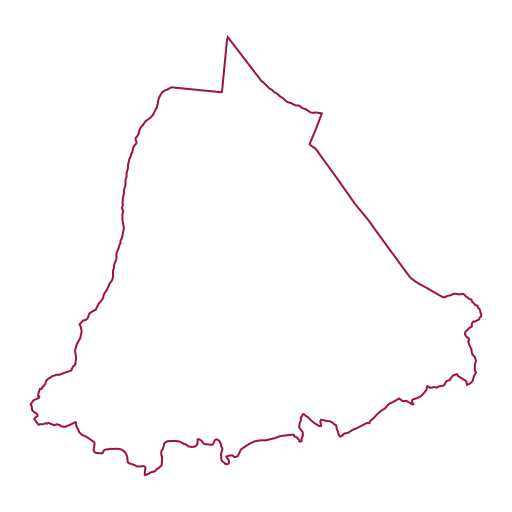 Mt. Elgon, Western, Kenya
{"feature_id": "3690345B65112986078037", "entity_name": "Mt. Elgon", "entity_type": "district", "adm_level": 2, "iso_a3": "KEN", "parent_name": "Kenya", "parent_adm1": "Western", "projection": "orthographic", "projection_center": [34.589, 0.959], "detail": "fine", "context": "isolated", "style": "outline", "palette": "rose", "viewbox_px": 512, "rotation_deg": 0, "n_neighbors": 0, "source": "geoboundaries", "source_scale": "gbopen_adm2", "svg_char_len": 6009}
<svg xmlns="http://www.w3.org/2000/svg" viewBox="0 0 512 512"><path d="M227.8,37.1L227.0,39.9L222.3,88.8L221.7,92.3L171.6,87.3L165.9,90.2L164.9,90.4L162.1,92.4L160.3,95.1L158.7,98.8L158.0,101.2L157.8,103.9L157.4,104.9L156.9,107.6L156.1,108.6L152.8,115.1L149.8,118.3L148.4,119.1L145.6,121.2L143.4,124.2L143.0,125.2L142.0,125.8L141.1,126.9L139.3,130.4L138.8,133.4L137.9,135.3L135.5,138.4L135.7,140.2L136.6,142.0L136.4,143.0L135.8,144.0L134.4,145.6L133.0,148.1L132.4,152.1L131.6,153.0L131.2,154.0L131.2,155.1L129.3,159.2L128.1,164.5L127.9,168.4L126.5,173.6L126.6,176.5L125.7,179.3L125.4,181.7L125.6,183.2L125.3,185.6L123.9,190.4L124.2,192.3L122.8,198.4L122.6,203.1L122.9,205.2L121.9,207.7L122.4,209.6L123.2,210.6L122.4,214.9L122.5,220.5L124.0,228.5L123.1,231.5L122.6,235.3L121.7,238.6L120.9,239.7L120.3,242.0L120.6,243.1L119.7,244.3L119.1,246.2L118.9,247.3L116.7,252.7L116.4,254.1L116.5,257.7L116.1,259.9L114.5,263.3L113.9,266.5L114.1,267.5L112.9,270.9L113.1,276.4L112.3,279.6L111.9,280.6L110.2,282.7L109.2,284.4L108.3,286.9L106.8,289.9L103.9,294.4L102.8,298.6L100.3,301.9L98.6,303.8L95.7,309.8L93.4,310.8L89.5,313.4L88.5,315.5L88.3,316.9L87.3,318.7L85.8,320.0L83.1,320.5L79.6,324.3L80.8,326.9L81.1,328.9L81.6,330.3L81.4,333.7L80.9,334.7L80.3,337.9L76.9,344.0L75.2,349.6L75.2,351.9L76.2,358.0L75.7,360.7L75.6,363.1L75.0,365.1L73.2,366.3L71.7,369.1L71.5,370.2L70.5,370.7L68.3,371.7L67.4,371.7L59.0,374.9L58.1,374.6L55.6,375.0L54.8,375.5L52.3,376.1L50.1,377.8L48.6,378.5L46.7,380.1L45.6,382.4L45.4,383.8L44.6,384.6L44.0,385.8L42.0,387.4L41.9,388.4L40.8,389.2L39.8,389.1L38.3,393.8L38.2,396.1L39.3,396.4L39.2,397.5L37.9,398.4L33.4,400.3L30.7,404.3L31.7,406.4L32.2,410.3L33.9,411.9L36.8,413.7L37.5,415.0L37.3,416.3L35.2,417.5L34.3,419.1L36.9,422.8L37.8,423.6L38.3,424.6L39.6,424.5L40.5,424.2L43.0,424.3L45.0,423.4L45.9,423.3L47.0,423.7L48.1,422.9L49.3,423.2L54.3,425.3L56.9,424.2L60.3,425.4L61.2,426.3L62.6,426.4L63.6,426.8L64.8,426.7L66.1,426.6L66.9,426.0L68.9,425.3L73.8,423.0L74.9,422.3L75.9,422.4L76.3,425.8L76.8,427.1L78.1,429.3L79.2,432.1L80.8,433.9L81.5,434.6L85.9,436.5L94.0,442.0L94.5,442.9L94.5,444.3L93.6,450.0L94.0,451.3L94.8,452.3L95.9,452.9L102.0,453.4L102.9,452.6L103.3,451.3L104.7,449.8L106.9,449.3L108.0,449.5L108.9,449.1L110.3,448.9L117.8,448.8L119.7,449.0L121.6,449.7L123.6,450.9L125.1,452.2L125.8,453.3L127.2,456.4L127.6,461.2L127.9,462.3L129.2,463.3L134.6,465.1L136.9,466.4L140.4,466.5L142.3,466.1L143.8,466.2L144.9,466.7L145.5,467.7L144.9,470.9L144.8,474.9L146.1,474.8L149.0,473.6L149.7,472.8L150.7,472.6L151.9,471.9L153.6,471.8L155.4,470.8L156.9,469.0L158.8,468.0L161.6,465.2L161.8,464.1L162.1,458.2L162.1,456.7L161.5,455.7L161.3,454.7L161.3,451.6L161.8,450.2L162.7,449.4L163.2,448.3L164.3,443.6L165.2,442.6L167.1,441.4L170.6,441.0L176.4,440.9L177.9,441.3L180.0,441.8L183.7,443.8L185.9,444.4L188.2,446.4L192.1,447.0L194.7,446.6L196.4,445.5L197.6,443.4L197.6,439.5L198.9,439.1L201.8,441.0L202.6,442.2L204.1,443.8L205.4,444.4L207.1,444.2L211.5,444.9L212.8,444.5L215.0,440.0L216.3,439.3L217.6,439.8L218.6,440.3L219.7,441.5L220.9,443.9L220.9,445.9L222.1,447.5L222.4,449.0L222.2,450.0L221.4,452.3L221.0,455.4L221.3,456.5L221.1,457.4L221.2,458.5L221.9,460.9L224.3,462.7L225.0,463.8L226.5,464.2L227.5,464.2L228.6,463.5L229.0,462.4L228.9,460.5L228.2,459.3L226.8,457.7L226.5,456.6L228.2,455.8L231.5,455.4L232.7,455.4L234.3,457.0L235.4,457.0L237.6,456.2L238.2,455.4L240.4,450.5L241.5,449.0L248.9,444.1L254.5,441.4L259.5,440.4L265.9,440.3L274.9,438.1L279.4,436.4L281.7,435.9L292.6,434.6L293.8,434.9L294.2,436.1L295.0,436.7L296.3,437.1L297.4,437.9L297.8,438.8L299.3,440.1L299.3,441.2L300.4,441.7L301.5,441.2L301.7,438.3L302.3,437.0L302.5,436.1L303.0,435.4L302.6,434.4L302.9,433.4L302.6,432.2L301.9,430.9L300.0,428.7L299.1,427.0L299.6,423.8L300.9,419.8L300.9,417.2L301.7,416.6L302.8,414.3L303.8,414.1L305.7,415.9L307.8,417.0L311.0,420.4L313.5,422.4L318.8,425.9L320.1,426.2L321.1,425.8L320.3,421.3L320.7,419.9L322.0,419.9L327.7,421.2L330.4,421.4L331.5,422.1L333.7,423.7L334.5,424.6L335.8,425.0L336.4,426.3L336.8,429.3L337.9,431.3L338.6,434.6L340.1,436.6L342.2,435.6L344.2,433.7L348.4,432.6L352.8,429.8L355.6,428.7L365.9,423.5L367.4,422.9L368.5,423.3L369.5,423.0L369.9,421.6L370.5,420.6L373.7,418.1L376.6,414.8L379.4,412.2L382.2,410.1L385.1,408.4L387.5,405.4L389.1,403.9L394.7,401.1L399.0,398.5L399.7,399.2L401.0,399.6L402.1,400.9L403.4,401.1L405.9,400.8L407.0,401.2L408.1,402.1L409.7,402.7L412.1,404.4L413.2,404.2L412.2,402.0L412.0,400.8L412.3,399.9L413.2,399.4L417.7,397.9L421.2,396.0L424.5,392.4L426.4,389.8L426.8,388.8L426.7,387.4L427.4,386.2L428.5,386.6L429.5,387.5L430.5,387.9L434.1,387.0L436.7,387.6L438.4,386.6L443.2,385.6L444.4,385.0L445.8,382.0L446.6,381.1L450.1,379.9L450.4,378.6L453.1,375.4L456.9,374.1L457.5,375.3L458.6,376.4L465.7,380.8L466.5,381.9L466.8,383.9L467.2,384.9L469.8,383.7L472.1,381.6L472.7,380.6L474.0,375.8L476.0,372.8L475.7,371.7L475.1,370.9L474.8,369.8L474.9,364.2L475.8,361.9L475.9,360.8L475.1,357.6L472.2,354.1L471.3,349.1L470.2,346.9L469.9,345.6L469.1,344.5L468.7,342.7L468.1,341.5L469.0,340.3L468.9,338.8L468.2,337.9L466.5,336.8L465.9,336.1L464.9,334.1L465.0,333.1L465.5,331.9L468.0,329.1L469.7,327.7L471.5,326.8L471.9,325.8L471.8,323.7L473.2,321.5L474.4,321.7L478.8,319.6L479.4,318.7L479.5,317.8L481.0,316.3L481.3,314.5L480.3,312.0L480.2,310.7L479.3,308.8L477.9,307.5L477.5,305.7L475.3,305.0L473.9,303.3L472.1,301.8L471.6,299.9L470.9,299.4L469.0,298.8L466.7,296.9L465.6,296.3L464.9,295.0L463.3,294.0L462.1,294.0L459.7,294.4L454.6,293.7L453.1,294.0L451.0,295.2L447.4,296.0L444.1,297.4L442.1,296.8L426.7,287.9L420.0,284.3L415.4,281.5L410.6,277.8L408.4,275.1L380.9,237.6L368.1,219.8L354.9,203.8L339.0,181.1L315.6,148.7L310.7,145.4L309.6,144.0L315.6,129.9L321.8,113.4L316.4,112.5L312.8,112.8L311.3,112.6L309.9,112.1L305.4,108.9L303.1,108.5L298.6,105.4L295.8,105.5L292.2,103.8L291.5,103.2L287.7,102.2L286.5,101.5L282.6,97.9L279.9,96.3L277.5,94.0L274.1,92.0L272.2,90.1L271.1,89.3L269.7,88.7L262.4,81.5L261.5,81.1L227.8,37.1Z" fill="none" stroke="#9f1239" stroke-width="2"/></svg>